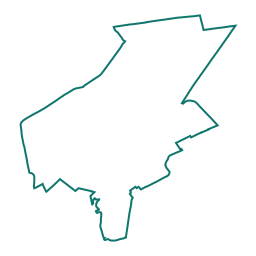 Mogosoaia, Ilfov, Romania (Robinson projection)
{"feature_id": "2599482B61914387946285", "entity_name": "Mogosoaia", "entity_type": "district", "adm_level": 2, "iso_a3": "ROU", "parent_name": "Romania", "parent_adm1": "Ilfov", "projection": "robinson", "projection_center": [26.008, 44.535], "detail": "fine", "context": "isolated", "style": "outline", "palette": "teal", "viewbox_px": 256, "rotation_deg": 0, "n_neighbors": 0, "source": "geoboundaries", "source_scale": "gbopen_adm2", "svg_char_len": 4971}
<svg xmlns="http://www.w3.org/2000/svg" viewBox="0 0 256 256"><path d="M29.3,172.6L31.4,173.2L32.4,173.7L33.4,174.5L33.9,175.4L34.2,176.5L34.4,177.5L34.3,179.4L34.2,182.9L33.9,186.2L33.9,186.8L34.3,188.3L37.0,187.0L38.7,186.1L42.6,184.0L42.6,184.3L43.5,186.2L44.5,188.3L46.1,191.6L46.3,191.8L46.5,191.7L51.8,186.9L52.3,186.5L57.7,181.4L60.0,179.1L60.2,179.3L75.4,191.0L78.5,188.2L91.9,191.3L91.8,191.5L94.4,192.2L90.4,196.0L92.4,205.3L92.5,203.9L93.3,203.0L93.3,202.7L92.8,202.0L92.8,201.9L93.0,200.3L93.7,199.5L94.3,198.6L94.5,198.3L94.7,198.2L94.8,198.2L94.9,198.3L95.3,199.4L99.1,199.4L99.0,199.7L99.0,199.9L98.8,200.1L98.7,200.2L97.7,201.1L97.2,201.7L96.9,202.2L96.5,203.1L96.2,204.5L96.1,205.1L96.2,205.6L96.1,206.0L96.4,206.6L96.8,207.1L97.3,207.9L97.5,207.9L98.0,208.3L98.2,208.5L98.5,208.8L98.8,209.3L98.9,209.7L98.8,209.8L98.5,210.1L97.7,210.3L96.8,210.6L96.2,210.9L95.9,211.1L96.2,212.0L96.6,212.6L96.8,212.8L97.1,212.9L97.8,212.6L98.5,212.4L99.0,212.3L99.3,212.2L99.5,212.2L100.0,212.2L100.4,212.3L100.7,212.4L100.9,212.6L101.1,212.7L101.2,213.0L101.3,213.2L101.3,213.5L101.2,214.3L101.2,214.5L101.2,214.9L101.3,215.4L101.2,215.9L101.2,216.4L101.2,216.8L101.1,217.2L101.1,217.5L101.1,217.8L101.0,218.3L100.9,218.8L100.8,219.2L100.8,219.6L100.8,220.0L100.9,220.8L100.9,221.6L100.8,222.5L100.6,223.7L100.4,224.6L100.3,225.7L100.3,226.1L100.4,226.9L100.6,227.5L100.8,228.2L101.5,230.4L101.9,231.9L102.5,234.0L103.3,236.8L103.5,237.4L103.9,237.8L104.5,237.9L104.4,238.0L104.1,239.3L104.4,239.7L104.5,239.7L104.6,239.8L104.9,240.0L105.9,239.9L106.9,239.2L107.5,239.1L108.1,239.2L109.9,240.2L111.8,240.6L114.6,240.6L116.8,240.2L120.3,239.0L123.7,238.4L124.7,237.9L124.8,237.6L125.6,237.3L125.9,237.4L126.5,233.2L127.3,227.9L127.5,226.6L128.4,220.2L129.4,213.4L131.1,204.5L131.3,202.4L131.4,201.0L131.5,200.5L131.8,199.6L132.1,198.9L132.4,198.3L132.7,197.6L132.4,197.3L132.1,196.8L131.4,196.1L130.9,195.6L130.7,195.2L130.6,194.9L130.6,194.7L129.8,193.9L129.8,193.7L130.8,192.8L130.9,191.9L130.6,191.4L130.1,190.6L130.6,190.2L135.4,186.8L135.8,187.2L136.7,188.1L138.5,186.8L140.9,189.4L141.1,189.3L144.0,187.8L144.5,187.5L145.3,187.1L146.0,186.7L146.3,186.7L146.5,186.7L147.9,186.0L149.0,185.5L153.7,183.1L158.1,180.9L160.3,179.6L165.9,176.6L166.0,176.7L166.9,176.3L168.1,175.4L168.8,174.6L169.2,173.8L169.5,173.0L169.6,172.2L169.4,171.7L168.7,170.7L168.4,170.3L167.6,169.3L167.5,169.1L166.8,168.3L166.3,167.5L165.3,164.9L165.7,163.1L166.9,160.5L167.7,159.6L167.9,159.1L168.3,157.6L168.5,157.1L169.1,156.4L169.5,155.9L169.9,155.6L170.3,155.3L171.1,154.9L182.2,150.2L182.1,149.9L181.4,149.1L180.7,149.6L180.3,148.8L180.1,148.8L179.9,148.8L178.5,146.7L176.1,143.1L176.0,142.9L179.5,141.2L184.0,139.0L190.0,136.0L190.2,135.9L191.1,137.4L201.3,132.4L201.4,132.6L201.7,132.4L208.6,129.5L208.4,129.2L217.3,125.5L217.6,125.4L217.1,124.8L213.4,120.7L204.6,111.5L199.7,106.4L196.3,102.7L194.8,101.7L193.7,101.2L192.1,100.9L190.4,100.6L189.2,100.6L188.6,100.6L187.7,100.7L186.1,101.3L185.1,101.9L183.4,103.3L183.0,103.7L182.8,103.7L181.9,103.2L183.5,100.7L184.4,99.3L186.4,96.2L188.0,93.8L188.1,93.5L191.3,88.5L192.3,87.0L193.1,85.8L193.9,84.6L194.7,83.4L195.9,81.7L196.4,81.0L199.0,77.5L199.8,76.2L205.7,68.0L207.2,65.8L207.8,65.0L211.8,59.2L215.5,54.1L216.5,52.8L217.7,51.0L219.5,48.5L224.0,42.1L227.1,37.7L232.3,30.2L234.3,27.3L235.4,25.7L231.7,26.2L229.6,26.4L226.5,26.9L220.1,27.8L219.9,27.8L219.7,27.8L219.4,27.8L213.9,28.6L213.3,28.6L209.4,29.2L203.6,30.0L201.5,21.7L199.9,15.4L195.3,16.0L195.0,16.1L192.7,16.3L190.0,16.5L188.1,16.7L187.4,16.8L186.0,16.9L184.4,17.1L183.2,17.2L182.0,17.3L181.0,17.4L180.2,17.5L179.9,17.5L179.4,17.5L179.1,17.5L178.7,17.6L177.6,17.7L177.2,17.7L175.1,18.0L173.6,18.3L171.8,18.5L171.2,18.6L170.8,18.7L170.5,18.7L169.4,18.9L168.9,18.9L168.3,19.0L167.6,19.1L166.5,19.3L165.3,19.5L165.1,19.5L164.4,19.6L163.3,19.8L162.4,19.9L162.0,19.9L150.2,21.6L149.1,21.8L146.9,22.1L146.3,22.2L146.3,22.4L137.4,23.6L130.9,24.4L130.5,24.4L128.9,24.6L127.2,24.9L125.9,25.1L124.7,25.2L124.1,25.3L122.5,25.6L121.3,25.8L120.9,25.8L120.7,25.9L120.2,25.9L119.8,26.0L119.3,26.1L119.0,26.1L118.6,26.2L118.2,26.2L117.3,26.4L116.3,26.5L115.0,26.7L113.7,27.0L114.4,28.9L114.9,30.0L116.3,31.4L117.8,32.4L118.8,33.9L120.8,36.6L121.5,37.4L122.1,38.2L122.6,39.5L123.3,40.1L124.0,40.7L124.6,41.0L125.1,41.3L124.7,41.8L124.0,42.6L122.6,44.1L121.8,45.3L121.6,46.1L120.7,47.3L120.3,48.0L107.0,66.3L101.4,73.8L100.0,75.2L97.8,76.7L92.9,79.9L84.1,85.8L83.1,87.0L75.6,88.5L73.5,89.4L65.7,94.2L64.5,94.7L63.9,95.2L61.6,96.8L59.3,98.3L58.6,98.8L58.0,99.2L57.6,99.6L53.7,102.2L50.9,104.0L48.9,105.3L46.7,106.8L44.7,108.1L41.8,109.8L37.7,112.1L36.3,112.8L36.0,113.0L34.2,113.9L27.0,118.0L24.8,119.4L23.2,120.5L22.0,121.7L21.1,122.8L20.8,123.7L20.6,125.0L21.5,131.0L21.5,132.7L22.1,137.2L22.5,139.0L23.5,144.2L23.8,145.4L24.4,147.1L25.6,153.5L26.0,155.3L26.7,158.9L26.7,159.1L27.0,160.2L27.2,162.3L28.5,168.5L29.1,171.3L29.3,172.6Z" fill="none" stroke="#0f766e" stroke-width="2"/></svg>